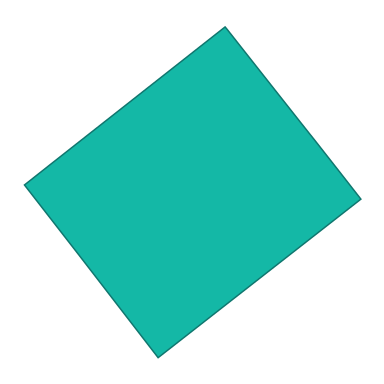 the district of Sherman, Kansas, United States of America, rotated 142°
{"feature_id": "52423323B41294654491036", "entity_name": "Sherman", "entity_type": "district", "adm_level": 2, "iso_a3": "USA", "parent_name": "United States of America", "parent_adm1": "Kansas", "projection": "mercator", "projection_center": [-101.862, 39.351], "detail": "fine", "context": "isolated", "style": "filled", "palette": "teal", "viewbox_px": 384, "rotation_deg": 142, "n_neighbors": 0, "source": "geoboundaries", "source_scale": "gbopen_adm2", "svg_char_len": 357}
<svg xmlns="http://www.w3.org/2000/svg" viewBox="0 0 384 384"><g transform="rotate(142 192 192)"><path d="M63.3,82.4L63.3,97.2L63.3,98.3L63.3,113.8L63.4,155.6L63.4,158.2L63.5,165.5L63.6,180.6L63.8,216.2L64.2,299.7L64.3,301.7L286.0,300.9L319.7,300.7L319.9,213.3L320.7,82.3L311.1,82.3L63.3,82.4Z" fill="#14b8a6" stroke="#0f766e" stroke-width="1.5"/></g></svg>